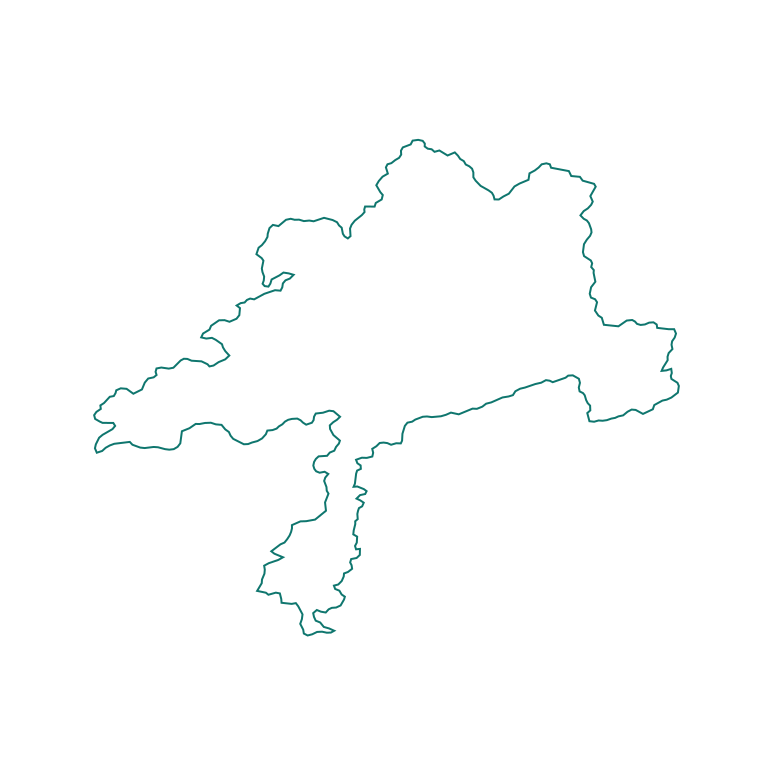 the district of Guanhães, Minas Gerais, Brazil, rotated 78°
{"feature_id": "56859067B12936840453094", "entity_name": "Guanhães", "entity_type": "district", "adm_level": 2, "iso_a3": "BRA", "parent_name": "Brazil", "parent_adm1": "Minas Gerais", "projection": "equal_earth", "projection_center": [-42.817, -18.856], "detail": "fine", "context": "isolated", "style": "outline", "palette": "teal", "viewbox_px": 768, "rotation_deg": 78, "n_neighbors": 0, "source": "geoboundaries", "source_scale": "gbopen_adm2", "svg_char_len": 6153}
<svg xmlns="http://www.w3.org/2000/svg" viewBox="0 0 768 768"><g transform="rotate(78 384 384)"><path d="M615.4,491.6L616.1,487.6L615.0,484.0L611.7,488.5L609.1,493.4L604.0,496.0L601.3,500.0L597.2,500.9L593.4,500.9L591.1,496.7L593.6,493.0L595.4,488.5L592.9,485.0L592.1,481.6L592.7,477.3L591.6,472.5L586.5,467.9L583.9,466.5L581.1,469.2L576.9,470.6L574.3,474.4L570.8,474.9L570.6,470.4L567.9,466.3L563.9,463.4L561.0,462.5L560.4,458.4L558.1,453.6L554.5,453.4L551.5,454.2L548.4,452.5L548.5,447.0L546.2,443.2L540.3,441.8L539.9,445.7L536.4,446.0L533.5,443.6L527.7,442.0L524.7,445.3L521.0,444.1L515.0,441.2L512.3,440.7L510.7,437.8L505.6,437.1L502.7,435.8L500.2,434.3L499.1,430.8L495.9,428.5L492.9,431.4L490.4,434.7L487.7,430.5L487.7,425.3L485.2,423.3L482.6,425.6L478.7,431.4L478.2,435.1L475.5,433.2L465.9,429.9L463.1,428.3L462.2,424.3L458.8,423.8L456.0,426.5L452.3,427.1L451.5,421.0L452.7,416.2L452.5,410.5L449.0,408.9L445.0,409.0L443.3,404.4L440.8,400.5L441.2,396.6L442.5,393.0L444.9,389.7L444.5,384.4L445.6,379.9L443.2,378.1L436.5,376.3L429.3,372.3L426.7,369.1L426.7,364.3L425.3,360.8L424.1,352.9L424.7,348.7L426.3,344.2L427.4,335.0L427.0,329.7L425.9,324.5L429.2,317.2L426.5,302.5L427.6,298.3L426.6,292.5L424.5,288.2L424.3,282.9L421.8,270.9L422.1,264.7L421.7,260.2L418.4,257.0L416.9,251.8L416.8,246.9L415.5,236.0L415.4,229.9L413.9,224.8L415.2,221.3L417.3,218.6L415.6,205.1L414.1,202.1L414.8,197.5L419.4,192.3L423.6,192.1L428.0,194.2L431.9,194.2L434.3,191.2L436.8,190.0L441.8,189.6L445.1,188.7L448.0,186.9L452.7,187.7L454.7,191.2L463.1,190.8L464.6,186.3L464.3,181.7L465.4,177.8L465.7,173.5L465.1,168.8L465.2,165.0L464.4,161.4L464.4,156.6L461.8,151.6L460.5,147.1L461.7,143.2L467.1,136.9L464.6,126.3L460.8,124.0L458.1,115.1L458.1,110.7L457.0,105.7L453.5,98.3L447.2,96.0L443.8,96.7L438.8,101.8L435.8,101.8L433.1,100.2L428.9,99.9L429.4,104.9L428.9,109.7L425.9,107.6L419.7,101.6L416.3,101.0L412.9,99.1L409.8,94.6L405.4,94.6L402.1,93.3L399.0,90.0L395.4,87.9L390.7,88.8L389.5,94.4L385.9,105.1L382.5,104.9L379.7,107.6L379.1,111.9L380.0,116.4L379.6,120.7L377.8,124.0L375.1,125.5L373.0,127.9L372.4,133.4L376.3,142.7L371.8,156.6L364.5,157.2L361.6,160.1L356.0,162.4L348.3,158.6L345.0,159.9L342.5,163.6L338.5,164.0L332.4,161.3L327.9,156.0L318.9,155.9L316.2,155.1L312.7,157.0L309.2,155.3L306.2,156.0L300.5,161.7L296.4,162.0L288.8,159.3L285.0,155.6L281.9,151.6L278.9,149.5L275.8,149.2L269.3,150.1L266.2,151.6L263.9,154.3L259.9,156.8L256.4,152.7L254.6,148.1L251.8,144.1L249.0,141.9L243.1,143.1L235.0,135.9L231.9,136.9L226.4,147.4L222.1,149.3L219.5,157.6L214.2,158.9L207.2,175.6L203.6,176.1L201.9,179.3L201.9,184.1L204.4,187.7L206.5,192.1L208.2,197.9L214.3,200.2L216.1,209.7L217.9,215.3L223.8,222.3L225.4,228.2L227.4,233.3L226.4,237.5L222.5,237.7L219.4,238.7L216.4,241.4L210.3,248.3L204.2,252.1L200.4,253.6L195.6,252.6L191.7,253.1L188.8,255.3L186.3,258.4L182.6,259.6L179.7,262.7L176.0,264.2L172.2,266.6L173.7,274.3L167.1,281.3L167.4,286.3L164.3,288.6L162.9,292.3L160.1,294.8L157.3,294.1L154.2,295.6L152.3,299.8L151.9,305.4L155.2,308.1L156.5,316.4L159.3,318.9L163.2,319.5L165.9,322.2L167.3,326.4L169.5,330.9L169.8,334.9L172.5,337.1L179.0,336.5L180.9,342.3L184.4,346.9L188.0,350.2L195.6,347.7L198.9,345.9L203.0,347.9L205.2,354.4L208.5,356.3L206.5,365.6L209.1,367.0L211.8,367.3L214.2,370.6L218.2,378.6L221.5,382.6L224.9,384.9L232.4,386.0L234.1,389.1L231.4,391.9L228.5,393.0L222.3,392.9L219.6,395.0L216.0,396.3L212.9,400.2L209.0,408.1L210.2,419.0L208.6,423.1L208.0,428.5L205.6,432.9L204.8,437.2L203.0,440.9L203.0,445.7L207.6,454.4L205.3,459.6L207.7,463.6L212.9,466.5L215.9,467.4L219.6,470.6L222.8,474.6L224.6,478.3L230.5,481.8L235.4,477.5L238.3,476.3L245.7,479.5L249.3,479.6L254.0,478.9L257.8,480.1L260.7,481.9L263.4,480.4L264.7,476.8L262.2,474.3L258.4,472.2L256.0,463.6L254.1,459.2L256.0,454.2L258.4,449.7L261.3,454.2L262.1,458.8L264.6,462.0L268.3,463.4L271.2,465.8L269.6,471.1L270.9,482.3L274.2,493.4L272.6,497.2L273.3,500.6L275.3,503.4L275.1,507.4L276.6,511.8L279.8,509.1L286.6,511.2L289.5,514.7L291.0,522.2L288.4,526.7L287.4,532.1L291.1,541.0L294.5,543.4L297.0,550.5L300.4,553.1L302.6,548.4L303.1,542.7L305.8,539.4L311.4,534.2L314.7,533.9L318.9,532.4L324.0,529.4L326.9,534.2L328.2,541.2L330.5,546.9L330.5,551.1L328.0,552.5L323.9,557.8L321.2,567.4L318.6,571.1L317.7,574.5L318.7,578.0L324.3,586.6L324.2,591.3L321.6,598.4L321.5,603.3L324.6,604.9L327.9,604.6L329.6,607.9L329.6,613.5L332.9,617.7L339.0,621.9L341.4,631.2L335.2,636.8L333.5,642.4L334.5,647.2L337.1,648.5L339.6,650.8L339.5,654.9L344.4,661.8L346.0,665.9L349.5,666.2L351.5,671.1L354.2,674.0L358.1,673.8L361.6,669.9L363.5,667.4L365.8,656.9L369.1,655.7L371.7,659.0L375.2,669.8L377.3,673.8L383.1,678.4L386.8,680.1L391.5,679.2L390.9,673.6L388.5,669.5L387.1,665.0L386.4,660.3L387.8,644.7L391.1,642.7L395.5,635.7L396.9,631.4L397.7,622.4L398.9,618.2L402.2,611.7L403.6,607.7L404.0,603.2L402.6,599.0L399.7,595.6L388.2,591.5L386.8,583.5L383.9,576.5L384.8,572.8L384.9,567.2L385.9,561.4L388.5,556.9L390.2,551.4L395.4,548.7L398.7,545.7L402.7,544.8L406.3,542.9L413.8,533.6L414.5,529.4L413.8,525.3L413.5,519.6L411.9,514.6L408.6,510.0L405.3,507.8L405.9,502.6L405.3,498.3L403.6,495.6L402.3,491.8L400.2,488.7L399.1,485.2L399.0,481.3L399.8,476.0L402.2,473.1L404.9,471.3L407.6,468.6L406.9,462.6L404.7,460.4L401.4,459.2L398.7,456.9L399.4,449.7L398.7,443.2L400.1,439.1L406.9,433.8L409.2,437.4L410.8,441.6L413.2,445.6L416.8,446.1L423.4,444.1L430.2,438.9L432.9,440.5L435.6,444.0L438.9,446.5L439.8,451.3L442.4,454.6L441.2,463.0L443.1,466.2L445.7,468.6L449.1,470.1L452.5,469.8L455.3,468.5L457.4,465.4L457.5,460.3L460.4,457.2L463.3,460.9L466.4,462.7L472.8,461.7L476.5,462.2L479.7,461.1L487.6,466.3L495.9,467.1L502.3,479.6L502.0,488.7L501.0,494.3L502.9,503.4L506.0,504.0L509.3,505.6L512.5,507.8L515.6,510.9L518.4,514.3L519.3,518.6L524.2,529.0L527.2,526.5L532.5,518.8L534.1,523.9L535.3,533.9L536.8,539.0L540.8,539.2L544.7,540.4L549.9,544.0L553.4,545.0L560.0,551.1L563.6,542.9L566.1,540.9L565.6,533.2L567.2,529.4L573.0,529.2L576.7,529.7L579.9,520.0L580.0,515.8L583.6,514.1L592.4,511.6L596.9,513.2L601.2,515.8L607.5,514.1L611.4,514.3L614.1,511.0L613.9,506.3L612.6,501.0L613.4,496.1L615.4,491.6Z" fill="none" stroke="#0f766e" stroke-width="2"/></g></svg>